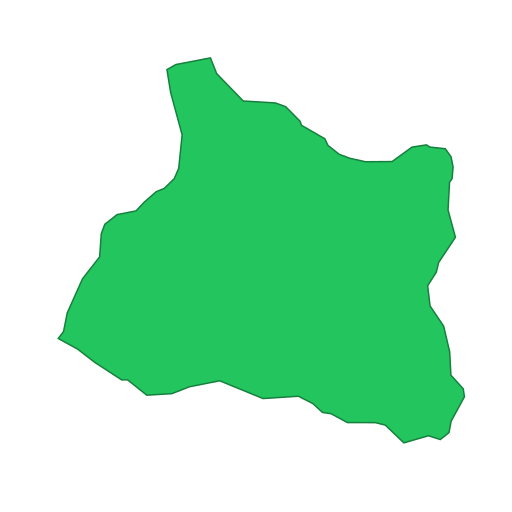 Pastores, Sacatepéquez, Guatemala, rotated 264°
{"feature_id": "79465075B63522445953752", "entity_name": "Pastores", "entity_type": "district", "adm_level": 2, "iso_a3": "GTM", "parent_name": "Guatemala", "parent_adm1": "Sacatepéquez", "projection": "albers", "projection_center": [-90.77, 14.602], "detail": "fine", "context": "isolated", "style": "filled", "palette": "green", "viewbox_px": 512, "rotation_deg": 264, "n_neighbors": 0, "source": "geoboundaries", "source_scale": "gbopen_adm2", "svg_char_len": 1018}
<svg xmlns="http://www.w3.org/2000/svg" viewBox="0 0 512 512"><g transform="rotate(264 256 256)"><path d="M342.9,455.5L346.2,440.2L348.7,437.2L348.0,422.5L335.7,401.2L338.3,374.7L343.4,359.5L348.5,349.3L358.5,339.1L365.4,336.7L381.2,314.9L385.4,313.9L401.4,301.1L406.2,291.3L411.5,259.5L441.4,236.0L457.8,231.4L454.8,196.3L450.7,186.9L427.5,188.2L384.2,195.2L351.3,188.3L341.5,182.8L332.8,171.8L330.4,163.5L321.1,150.3L313.4,141.4L311.7,122.2L303.4,109.0L294.5,104.5L271.5,100.4L251.5,81.1L219.1,62.3L201.0,56.7L194.6,50.7L182.0,68.9L166.9,84.7L146.8,109.5L146.3,115.3L129.0,132.8L127.9,158.0L132.9,176.1L135.7,206.8L113.5,248.1L112.1,283.5L103.3,297.1L93.5,305.7L91.3,314.1L80.8,329.5L77.8,357.3L74.3,366.9L54.7,383.5L59.2,408.7L54.2,420.1L60.2,429.5L71.3,432.8L94.2,448.6L102.3,448.2L117.1,437.4L140.5,438.6L166.6,435.3L188.1,423.9L208.5,423.6L221.0,433.6L230.5,437.0L253.8,456.3L281.7,451.8L309.1,456.2L312.4,459.1L323.9,461.3L334.1,460.4L342.9,455.5Z" fill="#22c55e" stroke="#15803d" stroke-width="1.5"/></g></svg>